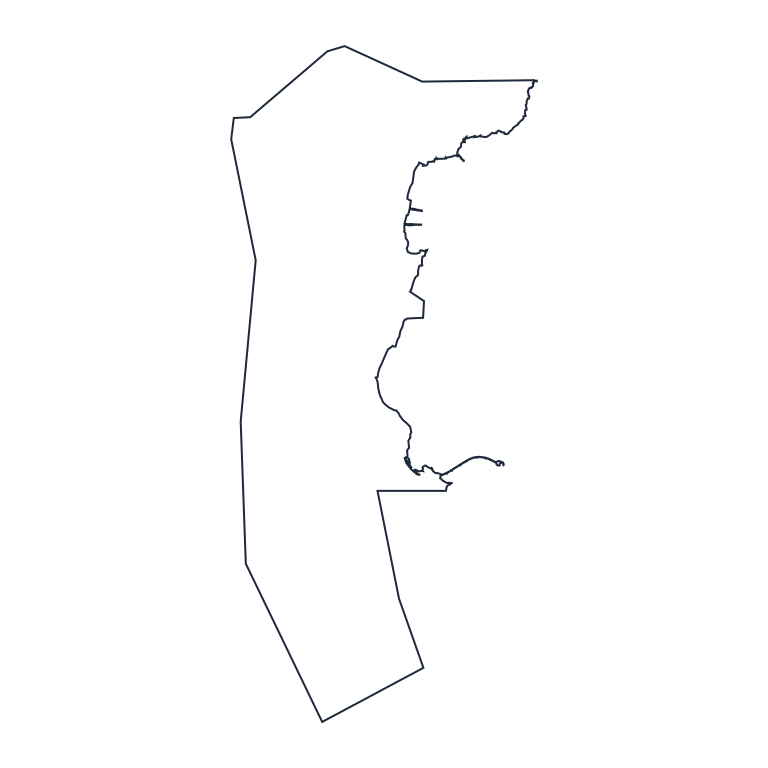 the district of 70, Al Daayen, Qatar
{"feature_id": "91078587B85079353631459", "entity_name": "70", "entity_type": "district", "adm_level": 2, "iso_a3": "QAT", "parent_name": "Qatar", "parent_adm1": "Al Daayen", "projection": "robinson", "projection_center": [51.51, 25.511], "detail": "fine", "context": "isolated", "style": "outline", "palette": "slate", "viewbox_px": 768, "rotation_deg": 0, "n_neighbors": 0, "source": "geoboundaries", "source_scale": "gbopen_adm2", "svg_char_len": 5860}
<svg xmlns="http://www.w3.org/2000/svg" viewBox="0 0 768 768"><path d="M423.4,667.8L399.0,598.6L377.5,490.9L445.9,490.9L445.9,490.7L446.9,486.3L448.4,484.9L450.3,484.4L450.7,483.5L451.7,483.1L451.6,482.9L450.2,483.3L449.8,482.9L446.7,482.9L445.6,482.3L442.4,480.4L441.0,478.6L440.1,478.2L440.5,475.8L446.7,473.2L446.9,473.4L447.0,473.0L448.8,472.0L451.5,470.3L451.8,470.5L451.8,470.4L451.8,470.1L458.8,465.7L460.0,465.0L460.3,465.2L460.4,464.8L462.1,463.7L466.5,461.1L466.8,461.3L466.9,461.2L466.9,460.8L468.6,459.8L469.9,459.2L473.2,457.9L476.2,457.4L476.9,457.3L477.1,457.7L477.3,457.6L477.4,457.4L477.5,457.2L480.1,457.1L485.7,458.0L485.9,458.1L485.9,458.5L486.2,458.5L486.4,458.2L488.1,458.8L495.9,462.6L496.1,463.0L496.6,464.4L497.2,465.2L498.1,465.6L499.7,465.4L499.6,464.3L499.8,463.8L500.0,463.4L500.7,462.8L501.2,462.8L501.7,462.8L502.7,463.3L502.9,463.8L503.1,464.3L503.0,463.7L502.7,463.1L502.2,462.9L502.0,462.5L502.1,462.4L503.2,463.1L503.5,464.2L503.4,465.0L503.3,465.3L503.1,465.5L502.8,465.8L503.4,465.4L503.7,464.5L503.6,463.8L503.5,463.3L502.9,462.5L501.8,461.9L498.9,461.0L498.5,461.0L498.1,461.1L495.8,462.2L488.5,458.6L485.4,457.6L479.8,456.8L476.8,457.0L475.6,457.1L472.8,457.7L468.3,459.6L464.1,462.1L459.6,464.9L451.5,470.0L449.1,471.6L444.5,473.8L442.3,474.8L438.8,473.5L436.3,472.9L435.5,473.1L433.1,471.3L432.4,469.1L431.9,469.3L431.5,467.8L430.3,468.3L427.2,466.8L425.7,465.5L424.7,465.7L422.7,467.0L422.6,467.8L423.0,468.8L422.4,469.9L423.0,471.1L421.7,470.8L419.6,471.4L415.0,469.7L414.5,470.0L416.5,471.2L416.5,472.3L417.5,473.7L419.3,474.6L419.3,474.9L417.2,474.3L415.8,473.5L415.2,472.2L414.0,471.9L411.3,469.4L407.6,464.8L406.0,462.3L404.7,458.0L405.3,457.6L406.8,461.4L411.7,468.4L410.7,466.4L409.0,463.8L409.9,464.3L408.6,462.4L408.2,461.2L409.6,461.7L409.3,460.9L409.1,459.0L407.7,457.9L406.9,456.7L407.5,455.9L407.1,450.2L409.1,447.9L408.3,440.9L410.5,437.1L410.1,434.9L411.3,432.3L410.2,426.9L407.9,424.4L406.1,422.7L403.7,420.7L402.3,419.3L401.4,417.8L399.8,415.8L398.6,413.2L397.6,412.2L396.8,410.7L394.3,410.2L388.8,407.4L386.5,405.5L384.7,404.0L383.0,402.2L382.2,400.3L381.0,397.3L380.4,396.6L379.3,393.0L378.2,388.1L377.8,383.1L377.0,380.1L375.7,377.5L377.6,377.1L378.2,372.8L379.4,368.5L381.7,363.7L384.3,357.5L386.4,352.7L388.2,349.1L389.8,348.2L390.6,347.6L392.7,345.8L394.3,346.7L395.7,346.4L396.2,344.2L396.8,342.0L397.7,339.3L399.3,336.6L400.3,331.3L402.7,326.1L403.6,321.5L404.4,320.4L404.9,319.5L405.9,319.6L407.3,318.5L423.1,317.8L424.0,301.1L410.0,291.7L410.9,290.7L410.8,289.7L411.6,288.8L412.4,285.5L413.9,280.7L415.3,277.5L415.9,276.8L417.8,275.5L418.2,273.5L418.0,271.9L418.4,269.3L419.1,266.4L419.8,265.5L421.8,265.7L422.3,265.1L421.9,264.4L422.0,261.1L422.0,259.1L422.6,256.6L424.9,255.7L425.3,252.8L425.8,252.7L426.2,251.5L426.8,251.1L427.2,249.9L425.9,250.3L424.8,251.0L422.0,250.7L421.2,250.2L420.5,250.3L419.3,252.9L416.2,253.7L411.3,253.5L407.8,251.9L406.7,248.3L407.6,246.4L408.1,244.6L408.1,242.1L407.0,239.7L405.8,238.5L405.3,233.0L404.1,231.7L404.1,231.1L404.7,229.9L404.2,227.5L404.6,225.0L408.5,225.0L409.7,225.5L410.6,225.2L411.6,225.2L412.7,225.1L413.8,224.9L414.2,225.0L414.8,224.7L418.5,224.8L418.8,225.0L419.3,224.8L421.0,224.9L421.1,224.6L414.4,224.3L413.5,224.4L412.3,224.1L411.0,224.0L410.7,224.1L409.7,224.0L408.5,224.2L404.5,223.8L406.7,215.2L407.8,215.1L409.0,212.0L409.3,210.2L410.3,209.2L414.4,209.9L421.8,211.0L421.8,210.4L418.6,210.2L418.4,209.8L415.5,209.5L414.9,208.9L409.7,208.5L410.9,200.6L408.6,199.7L407.4,198.8L407.7,195.1L410.1,187.2L411.8,184.1L412.4,183.5L414.2,171.3L416.5,167.0L417.7,165.8L418.8,164.0L419.1,162.7L419.7,163.1L420.9,163.1L422.6,164.3L423.7,164.6L423.2,165.8L426.1,165.5L427.5,164.6L428.1,162.2L428.4,161.9L431.9,161.9L432.4,161.3L434.2,161.6L434.8,159.1L436.5,159.2L436.5,157.9L437.6,158.9L445.7,158.6L445.8,157.4L446.6,158.0L447.1,157.6L452.8,156.4L453.9,155.6L456.3,155.6L456.8,156.0L457.6,155.6L458.0,156.2L458.9,155.6L461.5,158.7L461.4,158.8L461.4,159.0L461.6,159.1L461.8,159.0L463.3,160.6L463.3,160.8L463.4,161.0L463.5,161.1L463.8,161.0L463.9,160.8L463.9,160.7L463.7,160.4L463.4,160.5L462.0,158.9L461.9,158.7L461.7,158.6L460.7,157.4L460.7,157.2L460.5,156.9L460.3,156.8L458.7,154.9L457.3,154.3L457.5,153.8L457.2,153.2L457.5,151.7L458.4,149.5L458.5,148.9L458.8,148.8L460.9,146.7L461.0,146.6L461.1,146.4L461.1,144.0L461.7,142.8L463.2,141.5L463.2,139.7L464.3,139.7L464.3,142.2L464.9,142.2L464.3,138.5L465.5,138.5L465.8,137.3L466.6,136.7L466.6,138.5L474.7,136.1L474.3,137.1L475.5,136.8L475.8,137.0L478.8,136.4L480.5,135.5L480.5,136.4L480.7,136.5L482.8,136.6L483.4,136.9L486.1,137.0L486.8,136.8L489.6,135.1L491.7,133.1L492.5,132.8L493.3,133.3L495.2,133.2L495.6,132.7L496.5,133.1L497.0,131.9L497.9,131.0L498.3,130.9L498.8,130.6L499.3,130.9L500.8,131.6L501.1,131.9L501.6,131.9L501.9,132.3L504.3,132.5L504.5,133.8L505.3,134.0L507.1,134.1L508.9,132.9L509.8,131.3L511.2,130.4L512.7,128.9L513.2,127.7L515.3,126.2L516.5,125.4L517.6,124.8L517.9,124.3L518.2,123.4L518.7,123.4L519.6,122.2L521.2,120.4L522.4,119.9L523.4,118.5L523.4,118.4L523.4,116.7L523.7,116.7L523.9,116.2L525.6,116.0L525.2,114.1L524.9,113.2L525.0,111.9L525.1,110.8L525.5,109.8L526.6,109.7L526.6,109.4L526.5,108.6L526.6,108.2L526.3,107.6L525.8,105.1L526.2,105.0L526.2,104.8L526.7,102.9L526.6,101.5L527.0,100.3L527.5,99.2L527.8,98.5L528.7,98.7L528.7,97.8L529.0,97.8L529.4,96.9L529.3,96.2L528.8,95.2L528.4,94.8L528.4,94.1L527.8,91.1L528.4,90.7L528.5,90.4L528.8,88.6L530.1,87.9L531.0,88.0L531.0,87.4L532.0,87.2L532.2,86.8L532.8,86.5L533.2,85.7L532.8,83.2L533.6,83.1L534.0,82.0L533.9,82.0L533.9,81.6L533.7,81.5L533.8,80.8L536.2,81.1L536.4,81.4L536.8,81.4L536.8,80.8L536.3,81.0L535.0,80.7L533.9,80.7L534.0,80.2L422.2,81.6L344.6,46.1L327.4,51.3L250.2,117.2L233.8,118.0L231.2,139.2L255.7,260.2L240.7,421.5L245.8,563.7L322.2,721.9L423.4,667.8Z" fill="none" stroke="#1e293b" stroke-width="2"/></svg>